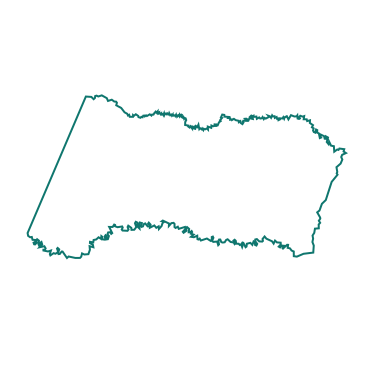 Cumaribo, Vichada, Colombia (orthographic projection), rotated 23°
{"feature_id": "7082276B31805828490385", "entity_name": "Cumaribo", "entity_type": "district", "adm_level": 2, "iso_a3": "COL", "parent_name": "Colombia", "parent_adm1": "Vichada", "projection": "orthographic", "projection_center": [-69.558, 4.15], "detail": "fine", "context": "isolated", "style": "outline", "palette": "teal", "viewbox_px": 384, "rotation_deg": 23, "n_neighbors": 0, "source": "geoboundaries", "source_scale": "gbopen_adm2", "svg_char_len": 6021}
<svg xmlns="http://www.w3.org/2000/svg" viewBox="0 0 384 384"><g transform="rotate(23 192 192)"><path d="M127.5,133.1L126.6,133.4L126.3,135.8L125.0,136.3L124.8,137.5L122.8,137.0L120.8,139.7L119.9,139.4L119.1,140.7L118.6,140.1L117.3,140.8L117.3,142.5L116.0,142.6L115.6,143.8L113.5,144.0L112.8,143.0L109.9,142.4L108.8,144.5L107.7,144.2L108.3,145.8L105.3,147.1L104.0,145.5L103.2,146.6L101.8,145.3L98.8,145.0L94.0,142.3L88.4,141.8L88.0,139.2L86.9,138.5L85.1,139.1L82.1,138.4L79.1,141.0L76.9,138.9L71.2,138.3L68.4,140.7L66.5,140.6L65.4,141.5L65.9,143.4L65.2,145.0L62.2,143.8L57.0,145.6L56.7,294.0L58.3,296.4L60.7,296.9L62.1,296.0L63.9,298.3L66.7,297.3L67.1,299.2L66.0,300.6L67.1,301.8L68.0,301.6L68.9,299.4L67.7,297.6L67.9,296.0L70.1,296.6L71.0,299.9L72.3,301.2L73.3,300.7L72.3,297.8L72.9,296.8L74.6,298.8L73.3,302.4L77.3,299.6L79.3,301.1L79.1,302.6L77.8,303.2L78.1,303.9L82.7,303.0L85.0,301.0L85.4,304.7L86.4,305.7L88.5,302.4L90.4,302.2L91.8,300.4L91.8,298.9L89.9,296.9L90.2,296.0L92.2,296.7L92.5,299.9L93.4,301.3L94.5,300.7L95.3,297.7L96.1,297.4L102.7,301.6L103.6,299.6L110.3,298.3L114.7,296.4L115.3,294.8L114.8,291.5L117.3,291.6L120.9,289.7L120.6,285.1L118.9,281.9L122.8,281.4L121.4,279.3L118.0,278.9L117.6,277.7L120.8,277.0L120.2,274.6L122.4,273.1L123.7,270.2L126.7,270.7L125.8,268.0L126.9,268.3L127.9,270.6L130.1,270.0L130.6,269.0L129.0,267.1L129.3,265.6L130.7,266.2L131.4,269.3L133.0,268.3L132.7,265.0L130.7,263.9L130.6,262.0L132.4,261.0L134.0,262.1L134.6,261.0L129.4,256.5L132.6,255.2L133.1,252.4L134.0,252.4L134.4,253.6L137.2,253.5L141.2,251.0L142.1,251.8L142.0,254.0L143.1,254.6L147.8,252.9L148.2,251.3L146.4,249.4L146.5,247.9L150.1,248.7L151.1,250.5L153.6,249.3L154.4,246.1L151.7,243.0L151.9,241.4L153.6,241.5L155.2,245.1L158.0,246.2L155.8,241.9L155.8,240.5L158.0,240.2L158.1,243.1L159.2,243.8L160.3,242.8L160.2,240.4L161.2,239.2L164.7,241.0L166.3,240.4L165.8,238.9L164.0,238.3L164.2,237.1L166.6,238.2L167.3,241.2L170.4,237.5L173.1,238.9L174.7,236.7L176.0,239.0L177.3,235.2L177.0,232.0L177.8,230.8L177.3,230.1L175.8,230.5L176.3,229.7L183.1,230.0L184.0,232.3L185.2,228.7L187.1,227.6L188.4,228.2L189.6,231.1L190.9,231.5L192.5,229.5L194.2,231.1L199.2,226.9L200.4,228.5L199.1,232.2L200.2,232.8L202.1,229.8L200.6,227.2L201.1,226.2L203.8,227.1L204.7,230.4L205.9,230.0L206.9,228.1L207.8,228.8L207.5,230.8L210.1,230.6L208.6,233.6L211.4,232.9L213.9,230.2L215.5,233.3L216.6,233.2L217.3,231.9L219.1,233.2L223.9,229.0L228.2,229.7L228.8,228.0L227.8,225.7L228.6,224.9L229.6,225.8L229.6,229.3L231.1,229.6L234.5,227.8L236.9,230.7L237.3,229.7L235.4,226.7L235.5,225.2L236.6,224.7L238.6,226.7L240.1,226.5L241.7,225.5L242.2,222.7L243.3,221.6L247.0,222.9L250.1,222.2L251.6,223.3L252.0,222.2L249.2,220.5L249.9,219.3L251.3,219.8L252.9,222.3L255.2,221.4L256.7,222.1L257.6,221.0L259.7,223.1L259.6,221.9L257.9,220.1L258.2,218.8L259.1,218.7L262.9,221.9L263.5,220.9L262.7,218.2L265.6,216.0L268.2,217.1L268.0,213.4L269.2,213.6L270.8,216.1L272.2,216.1L272.3,214.3L269.4,212.5L268.8,211.0L270.1,210.0L273.2,211.2L276.0,210.2L276.4,209.3L275.3,207.7L276.2,204.6L278.7,205.9L284.9,206.1L287.3,207.6L287.4,204.3L289.9,205.2L293.4,204.0L294.2,205.5L293.2,208.4L294.8,208.6L296.0,206.1L297.6,205.6L297.5,209.3L300.2,203.4L301.1,203.1L301.9,206.0L304.2,205.6L306.6,207.0L308.9,207.0L310.8,211.3L313.8,210.5L318.8,205.3L327.3,200.4L325.0,193.7L322.4,191.0L321.7,187.6L320.0,185.0L320.5,181.8L319.5,177.7L322.9,175.9L321.3,172.4L322.0,170.3L320.0,168.9L320.5,166.4L319.9,165.4L315.2,161.8L316.6,159.2L316.2,152.1L318.3,147.1L316.6,128.1L319.2,119.2L317.9,118.3L317.9,116.8L315.3,112.7L317.7,107.8L317.7,103.4L315.7,101.5L315.7,99.1L318.5,96.0L315.7,95.5L315.4,93.1L310.7,94.4L310.4,96.0L309.1,96.1L307.2,99.3L304.7,94.4L301.9,95.0L298.5,92.0L299.0,94.6L296.5,93.3L295.9,88.7L293.9,88.5L295.2,90.5L293.3,91.1L291.8,89.0L287.3,88.8L287.3,89.7L289.6,91.4L288.6,92.4L285.9,88.5L284.0,88.4L283.1,86.1L281.8,86.0L282.3,89.2L280.7,89.2L279.4,88.1L279.1,85.9L277.1,85.6L277.3,83.2L273.5,82.4L272.6,79.9L270.3,81.7L269.2,80.3L266.4,81.4L265.6,78.3L264.4,79.4L261.9,79.5L261.4,80.9L262.6,82.1L262.0,82.9L260.5,83.1L259.0,80.3L258.7,81.5L256.7,82.5L253.1,82.6L252.4,87.5L249.0,84.6L249.7,85.7L248.1,86.9L248.2,88.6L246.8,87.4L246.5,89.0L244.2,89.8L244.6,90.8L243.5,92.1L242.6,90.7L241.8,91.4L240.6,89.9L239.3,91.4L238.4,90.0L237.0,90.8L235.8,90.1L235.8,92.8L234.2,91.9L232.5,92.0L233.7,92.6L231.2,95.6L229.9,95.4L229.6,96.9L227.7,95.4L227.4,96.9L226.1,97.7L224.7,97.1L223.1,99.3L221.8,97.4L219.9,98.5L219.1,98.6L218.8,97.7L217.7,98.7L216.7,98.5L216.2,99.7L218.5,99.5L219.5,101.0L216.0,101.6L216.0,103.7L213.3,103.3L212.2,103.9L214.6,105.1L211.4,106.3L211.3,107.5L212.2,107.9L211.9,109.8L209.8,109.4L208.8,107.9L207.8,109.4L207.1,108.2L204.2,108.8L202.0,108.3L200.7,110.1L200.3,109.6L198.9,110.6L198.2,109.2L196.4,109.8L196.7,108.5L192.5,109.9L191.6,108.4L189.6,108.9L189.5,112.1L190.7,112.1L189.8,115.0L190.7,115.5L189.6,117.3L189.6,120.3L188.5,120.3L189.0,121.0L188.9,121.5L187.1,122.3L187.2,121.2L186.4,121.1L186.7,122.5L185.7,123.3L183.9,123.2L184.6,125.4L181.0,125.6L182.3,128.3L180.8,127.7L179.6,129.2L178.1,129.2L178.2,130.6L176.5,129.5L176.4,130.1L176.7,130.4L176.6,130.6L174.4,130.1L174.1,131.2L171.6,127.5L171.5,130.2L169.5,129.6L169.0,130.6L170.2,130.6L170.3,132.6L168.8,132.8L169.3,132.1L168.2,131.8L168.6,133.7L166.8,131.5L166.0,131.8L166.8,133.2L164.9,132.1L164.6,133.6L162.9,133.2L162.7,132.3L159.5,133.0L158.4,130.2L158.6,128.1L157.4,126.7L156.5,126.7L156.2,127.8L154.7,126.2L153.9,128.0L153.8,126.3L152.4,126.8L152.6,125.0L152.0,124.9L151.0,126.1L150.5,125.7L150.7,127.1L149.8,126.4L149.1,128.0L148.8,127.2L147.9,128.2L147.1,127.1L146.9,128.6L145.6,127.7L146.3,128.4L144.8,128.4L144.8,129.9L144.0,128.3L143.7,129.6L142.8,128.8L142.0,129.9L140.3,128.4L140.6,130.6L139.9,129.4L138.4,129.2L138.3,130.4L136.6,130.2L136.5,132.0L135.5,130.5L135.5,132.4L134.4,131.8L133.6,132.7L133.0,131.6L132.6,132.5L131.8,132.0L130.6,133.0L130.4,131.5L129.2,132.7L128.8,131.4L128.5,132.3L127.3,132.2L127.5,133.1Z" fill="none" stroke="#0f766e" stroke-width="2"/></g></svg>